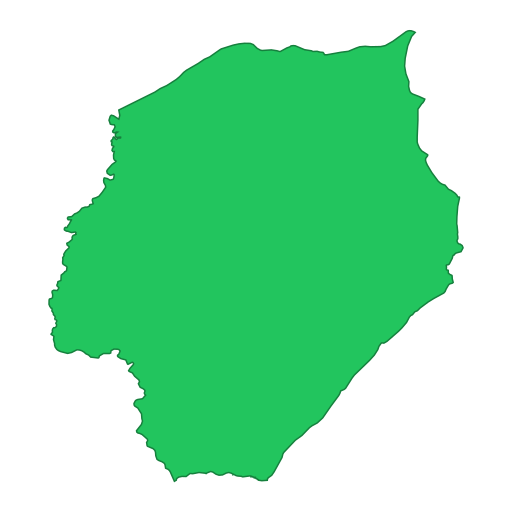 outline of Lospalos, Lautém, East Timor
{"feature_id": "22284137B26175223982630", "entity_name": "Lospalos", "entity_type": "district", "adm_level": 2, "iso_a3": "TLS", "parent_name": "East Timor", "parent_adm1": "Lautém", "projection": "orthographic", "projection_center": [126.99, -8.54], "detail": "fine", "context": "isolated", "style": "filled", "palette": "green", "viewbox_px": 512, "rotation_deg": 0, "n_neighbors": 0, "source": "geoboundaries", "source_scale": "gbopen_adm2", "svg_char_len": 5938}
<svg xmlns="http://www.w3.org/2000/svg" viewBox="0 0 512 512"><path d="M174.4,481.3L176.3,480.2L176.6,478.6L178.7,477.1L182.0,476.4L186.1,476.5L190.0,473.5L192.7,473.7L199.0,472.5L205.3,473.2L206.1,473.6L207.2,472.8L210.6,471.5L212.7,472.0L216.0,474.2L219.0,475.2L222.5,474.9L226.4,473.0L228.8,472.5L231.4,473.2L232.9,474.1L233.0,474.7L233.6,474.3L236.1,475.6L237.7,476.0L241.4,476.3L242.3,476.8L243.2,476.8L250.0,475.9L250.7,476.0L250.9,476.7L251.6,476.3L252.4,476.6L252.2,476.9L254.7,477.4L254.6,477.7L255.2,477.5L255.1,478.0L255.8,478.1L256.1,478.6L256.9,478.7L257.5,479.6L258.3,479.6L258.6,480.2L261.8,480.7L267.3,480.3L267.5,478.9L268.3,477.7L271.7,475.3L274.1,471.8L282.0,457.5L282.9,453.9L283.8,452.4L295.3,440.2L302.0,435.4L309.5,427.6L312.1,425.7L317.3,422.9L322.7,417.9L330.8,406.2L338.8,395.4L339.9,393.3L340.7,390.9L344.0,389.5L345.5,388.4L352.1,378.0L354.4,375.0L369.4,360.5L374.3,355.1L377.8,349.6L378.9,346.4L381.2,343.2L381.9,342.9L383.9,343.1L386.9,341.4L398.5,331.3L401.9,327.9L406.5,322.5L409.4,317.0L410.8,315.5L412.5,314.7L414.8,311.8L417.4,310.7L420.2,307.9L428.1,302.0L433.9,298.4L443.8,293.0L445.1,291.5L446.2,288.9L448.5,285.0L449.5,284.0L452.5,283.1L453.2,282.4L452.3,279.0L452.1,275.8L451.8,275.3L449.8,274.4L448.4,273.2L448.2,270.3L446.6,269.8L446.3,269.3L446.5,266.9L446.2,265.6L446.5,265.0L448.3,264.7L449.3,264.0L452.2,258.4L452.9,255.7L453.5,255.1L454.0,255.1L455.0,253.8L456.2,253.0L461.0,251.7L462.9,248.2L463.0,247.5L462.1,245.5L460.1,244.1L459.3,244.1L458.4,243.5L457.7,242.9L457.0,241.2L457.0,240.5L457.8,238.7L457.8,236.9L457.4,234.0L457.7,232.6L457.1,225.8L456.7,224.0L456.9,216.8L457.7,206.4L459.5,197.9L459.4,197.1L458.2,197.0L457.6,196.7L456.9,195.2L455.1,193.3L451.5,190.7L448.4,189.2L445.0,185.1L442.4,184.3L440.3,183.1L438.1,181.1L431.8,172.6L427.3,165.1L426.1,162.4L425.5,160.2L425.7,158.4L427.7,155.6L427.7,154.8L421.7,150.9L419.5,148.1L417.7,144.0L417.2,142.0L417.2,137.0L417.9,120.2L417.9,109.2L421.7,103.8L422.9,102.7L424.2,100.7L424.8,99.1L419.1,96.5L412.6,94.0L411.2,93.1L410.2,92.0L409.5,90.4L408.6,86.4L408.9,81.7L405.9,73.8L404.6,66.1L405.2,58.2L407.7,45.9L411.6,36.4L415.2,32.4L413.7,31.6L411.3,30.8L409.5,30.7L408.0,30.9L406.1,31.7L392.9,41.3L385.3,45.6L380.7,46.6L370.7,46.8L365.2,46.3L359.7,46.8L356.0,48.1L348.4,51.3L341.3,52.2L326.6,54.8L324.5,54.7L323.8,53.3L323.0,52.4L320.0,52.1L317.1,51.3L312.9,51.5L311.5,50.8L304.6,49.7L295.3,45.8L293.3,45.6L291.0,45.9L289.8,46.9L286.9,47.9L280.5,51.4L279.6,51.5L277.2,50.8L271.4,49.9L262.2,50.5L260.5,50.2L257.2,48.4L253.3,44.6L250.3,43.4L244.5,43.3L238.9,43.9L233.3,45.1L221.3,48.9L219.8,49.8L209.7,56.9L204.3,59.3L198.3,63.4L186.7,70.1L183.7,72.4L179.6,76.7L176.1,79.6L166.7,85.6L160.2,88.6L154.9,92.1L118.8,110.0L119.8,115.4L118.8,119.2L113.6,115.8L111.3,115.2L110.2,116.3L109.0,120.2L110.3,124.1L111.9,124.6L114.3,124.8L115.1,126.8L113.8,129.6L112.7,131.0L112.7,132.0L113.9,132.8L114.9,132.7L116.5,132.0L117.6,132.1L115.7,133.5L115.4,134.0L115.4,136.2L116.8,137.5L120.2,137.0L120.7,137.2L120.5,138.0L118.0,138.1L116.6,139.5L115.4,138.9L114.7,137.5L113.6,137.0L113.1,137.5L112.7,139.2L111.2,140.6L111.2,141.6L111.9,141.8L112.0,142.5L111.6,144.2L111.7,145.0L112.2,145.7L113.7,146.2L113.8,146.8L112.5,148.3L112.0,150.4L112.9,151.6L114.3,151.5L113.5,155.0L113.7,158.6L114.5,160.1L115.7,160.6L116.0,161.3L115.2,162.2L112.1,164.4L108.2,168.8L107.0,170.4L106.8,171.3L107.3,173.3L110.2,175.3L111.8,175.0L113.4,174.2L114.0,174.4L114.1,175.9L113.7,178.2L113.2,179.3L110.0,180.1L107.5,178.6L104.4,177.9L104.0,178.2L103.6,180.5L103.9,182.6L105.4,185.3L105.7,187.2L102.3,192.2L98.9,196.3L96.0,197.7L92.9,198.6L92.4,199.4L92.3,200.6L93.2,203.7L91.5,204.4L90.2,204.5L89.7,204.8L89.2,206.3L87.2,207.1L85.1,207.1L81.9,208.2L79.4,211.3L76.9,213.0L74.6,213.9L71.7,216.6L68.2,217.0L67.5,218.0L67.5,218.7L68.2,219.8L71.4,219.8L71.3,220.5L70.7,221.1L69.4,223.8L67.6,226.2L67.4,227.1L66.8,227.6L65.4,227.3L64.5,228.1L64.3,229.3L64.5,230.0L66.3,231.1L68.0,231.3L71.5,232.6L75.3,232.0L76.0,232.6L75.7,233.8L76.0,234.4L73.4,235.3L72.7,236.0L72.1,237.2L72.2,239.4L69.1,242.1L66.8,243.3L67.1,245.0L69.1,246.7L69.0,247.8L65.7,251.0L64.1,253.6L63.8,254.3L64.1,255.5L62.7,257.7L62.9,259.2L62.6,261.7L62.6,263.2L63.2,264.3L66.4,266.3L67.0,267.1L66.6,270.4L65.7,271.4L64.8,271.7L63.8,273.0L61.2,275.1L60.9,280.5L58.0,281.6L57.7,282.2L57.8,283.0L56.9,285.0L57.0,285.8L58.8,287.7L58.4,288.9L57.2,290.5L53.7,290.2L52.3,291.0L52.0,292.1L52.7,294.9L52.5,297.6L51.7,298.4L49.5,299.0L49.1,299.9L49.0,304.3L49.8,306.3L51.1,308.2L51.7,308.2L52.1,309.0L51.9,311.0L53.3,313.0L53.4,314.6L54.9,316.2L55.2,317.0L54.8,318.7L55.1,319.6L56.2,319.9L56.7,320.4L56.8,321.2L55.8,323.2L56.6,324.7L56.4,326.5L55.2,327.5L54.2,327.8L53.7,327.7L52.6,329.1L52.3,330.6L52.5,332.3L51.2,333.8L51.1,334.4L53.5,335.9L53.9,336.5L53.5,339.6L54.6,343.5L54.6,345.1L55.2,347.1L56.8,349.4L58.4,350.6L60.7,351.6L67.6,353.4L71.6,352.5L76.9,349.8L79.4,350.0L81.7,350.7L83.9,352.0L85.9,353.8L88.6,355.0L90.7,357.1L98.2,358.0L98.9,357.6L99.4,355.9L102.9,353.8L103.7,353.5L109.5,353.5L110.7,353.0L111.0,350.7L113.9,349.1L117.7,349.2L119.0,349.6L120.1,351.0L118.9,354.1L117.6,355.2L117.5,355.9L117.8,356.6L120.8,358.6L125.8,359.9L127.5,364.0L128.0,364.3L131.9,362.4L132.6,362.3L133.2,362.9L133.6,363.6L133.4,364.5L130.1,368.2L128.6,370.7L129.1,371.4L132.4,372.9L134.6,376.2L138.9,379.9L139.5,381.8L138.4,383.6L138.6,384.2L140.2,387.3L143.3,388.8L144.7,390.1L145.0,391.1L144.3,393.0L144.6,394.0L145.6,395.1L142.8,398.4L142.2,398.8L137.7,399.5L136.2,400.1L135.3,400.9L134.0,403.4L134.1,405.0L134.8,406.1L137.8,408.0L141.5,413.8L141.9,418.7L142.5,421.1L141.4,424.5L136.5,430.7L136.8,432.1L137.9,433.0L139.7,433.4L142.1,434.5L147.4,439.2L147.7,440.7L146.6,442.4L147.1,445.7L147.6,446.3L153.2,448.7L154.9,450.4L155.5,452.3L155.8,455.8L157.0,459.3L158.6,460.4L162.1,461.8L164.3,463.3L165.0,464.6L165.6,468.2L168.1,469.3L169.4,470.5L170.3,471.9L174.4,481.3Z" fill="#22c55e" stroke="#15803d" stroke-width="1.5"/></svg>